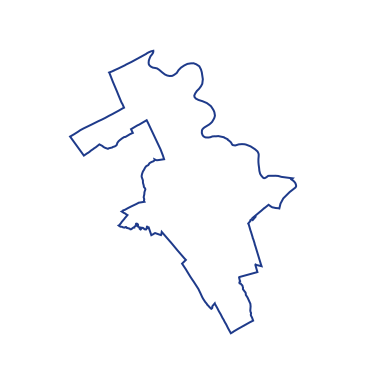 the district of Doljesti, Neamt, Romania, rotated 164°
{"feature_id": "2599482B42576561544247", "entity_name": "Doljesti", "entity_type": "district", "adm_level": 2, "iso_a3": "ROU", "parent_name": "Romania", "parent_adm1": "Neamt", "projection": "mercator", "projection_center": [26.991, 47.029], "detail": "fine", "context": "isolated", "style": "outline", "palette": "blue", "viewbox_px": 384, "rotation_deg": 164, "n_neighbors": 0, "source": "geoboundaries", "source_scale": "gbopen_adm2", "svg_char_len": 6022}
<svg xmlns="http://www.w3.org/2000/svg" viewBox="0 0 384 384"><g transform="rotate(164 192 192)"><path d="M293.9,278.9L285.9,256.8L281.7,258.2L281.0,258.3L280.3,258.6L279.8,258.7L277.9,259.6L274.6,260.7L274.3,260.9L272.2,261.5L267.9,263.3L265.4,260.9L264.7,259.7L263.2,258.3L260.9,256.7L259.5,257.0L259.0,256.9L256.8,256.8L256.4,256.8L255.6,257.1L253.7,257.1L252.3,257.5L251.5,257.9L250.5,259.3L250.1,259.9L248.5,261.1L247.0,261.8L244.5,262.8L242.1,263.5L240.8,263.3L235.5,264.7L232.6,265.1L233.3,269.2L226.0,271.1L224.4,271.3L215.8,273.5L215.2,270.4L210.5,241.7L209.9,234.9L209.8,231.2L215.9,232.0L217.0,232.2L217.9,232.7L219.0,233.7L219.0,233.3L219.2,232.8L220.3,232.3L221.1,232.1L222.7,232.0L223.8,231.7L224.7,231.5L225.3,231.1L226.6,229.9L228.7,229.5L229.4,229.1L230.5,228.2L232.2,226.4L233.5,225.3L235.0,223.2L235.8,221.7L236.1,220.9L236.2,220.3L236.0,216.7L236.5,214.8L236.6,214.0L236.6,211.6L236.8,210.5L236.8,210.0L236.2,208.6L236.1,208.2L236.1,207.5L236.3,207.1L236.6,206.6L237.3,205.7L237.9,204.6L238.4,203.1L239.7,200.7L239.9,200.3L239.9,199.8L239.9,198.2L240.4,197.4L240.5,196.9L240.5,196.2L240.4,195.7L246.3,196.4L246.5,196.3L248.8,195.8L254.2,194.9L257.9,194.2L261.3,193.4L263.3,193.3L263.5,193.0L263.9,192.8L264.9,192.6L264.3,191.9L263.4,190.8L262.5,190.1L261.8,189.3L261.5,188.8L260.4,187.6L262.9,185.9L263.3,185.7L264.1,185.1L264.3,184.9L267.8,182.6L268.7,181.8L271.1,180.1L271.7,180.0L271.3,179.4L271.0,179.2L270.8,178.9L270.4,178.4L269.0,177.9L268.0,177.0L266.8,176.4L266.7,176.4L266.3,176.5L265.4,176.6L264.9,176.4L264.8,176.2L264.8,175.6L264.2,175.2L263.7,175.1L263.2,174.6L262.2,174.1L262.0,173.9L261.8,173.6L261.6,173.2L261.4,173.2L261.1,173.0L260.5,173.0L260.2,173.1L259.5,173.5L259.0,173.7L258.3,173.9L257.2,173.7L256.9,174.5L256.5,174.7L254.9,175.0L254.4,175.4L254.4,175.7L254.8,176.5L254.5,176.9L254.0,176.9L253.5,176.6L253.0,175.9L252.9,175.5L253.0,174.9L253.7,174.1L253.7,173.9L253.2,173.5L253.0,173.2L252.5,172.7L252.3,172.4L252.4,171.8L252.4,171.4L252.2,171.4L252.0,171.5L251.5,171.9L251.0,172.0L250.8,171.8L250.8,171.5L250.9,171.3L251.7,170.5L251.9,170.3L251.8,170.1L251.7,170.1L250.8,170.7L250.0,171.2L249.3,171.2L249.0,171.0L248.4,170.2L248.0,169.4L247.8,169.2L247.0,168.8L246.4,168.7L245.9,169.5L245.6,169.8L245.4,169.9L245.2,169.9L245.0,169.7L244.9,169.5L244.6,169.4L244.5,169.6L244.5,169.9L244.6,170.2L245.0,170.7L245.0,170.9L244.9,171.1L244.5,171.0L244.3,170.8L244.1,170.3L243.8,170.0L243.4,169.9L243.2,165.9L243.0,161.7L240.6,162.2L239.5,162.6L238.8,162.7L233.7,159.1L233.3,159.5L232.1,162.0L225.5,147.8L222.2,140.2L218.4,132.0L217.6,130.3L216.6,128.4L221.3,125.9L219.1,119.0L218.9,118.1L217.0,111.2L215.6,106.8L215.2,105.7L212.6,97.1L211.8,92.4L211.2,88.4L211.0,87.4L210.6,85.8L209.6,82.6L208.6,80.4L208.5,79.6L207.9,78.6L207.6,78.0L206.8,76.3L205.7,74.4L204.8,74.7L204.4,75.1L204.1,76.3L203.5,76.9L203.0,77.2L200.8,78.7L200.8,78.1L199.7,73.5L199.1,70.3L198.1,66.4L197.4,62.6L196.8,60.5L196.5,58.7L196.0,56.6L195.7,55.6L194.9,51.2L193.6,45.5L191.3,46.1L190.2,46.5L185.6,47.7L172.4,50.8L168.7,51.5L168.9,54.7L169.4,57.1L169.2,58.1L168.7,59.0L168.6,59.8L168.8,60.5L168.6,62.1L167.2,65.9L166.7,68.5L167.7,75.3L168.6,78.2L168.3,79.7L168.3,80.7L168.8,81.8L169.3,83.2L169.8,84.4L169.8,84.8L169.5,85.5L169.3,86.1L169.4,87.0L169.3,88.1L169.5,88.6L170.1,89.5L170.2,89.8L170.3,90.3L170.4,90.5L170.7,90.6L171.4,91.0L171.5,91.6L171.3,92.2L170.6,92.7L170.3,93.0L170.5,94.3L170.3,95.9L170.4,96.6L170.0,97.2L161.9,97.1L152.7,97.0L151.2,97.0L151.2,99.9L151.2,103.2L151.2,104.3L151.1,104.6L150.9,104.8L150.0,104.0L145.6,101.5L145.7,103.7L146.0,122.6L146.1,124.2L146.0,125.6L146.1,129.6L146.3,131.0L146.2,131.8L146.3,138.0L146.4,138.6L146.4,140.2L146.4,144.7L146.4,145.3L146.6,145.9L146.7,146.1L146.5,146.3L143.8,148.1L143.5,148.5L143.6,148.8L141.8,149.6L141.6,148.6L141.4,148.3L138.3,150.3L139.7,150.9L130.3,155.0L127.0,156.6L126.9,156.5L121.9,158.6L120.2,156.4L119.3,155.4L118.6,154.9L118.1,154.7L116.1,153.6L113.5,152.6L112.6,152.1L110.1,156.5L106.0,160.7L98.2,165.0L91.3,167.8L90.4,168.7L90.1,169.7L90.1,171.0L90.3,172.4L91.0,174.0L91.9,175.4L93.0,176.7L91.5,177.4L101.9,181.9L103.8,183.1L104.8,183.7L107.3,184.6L112.2,186.0L114.3,186.5L115.4,186.1L116.3,185.7L118.2,185.3L119.0,185.5L119.4,185.8L119.8,186.3L121.0,188.9L121.5,190.8L121.4,193.8L120.9,196.5L120.4,200.0L119.9,202.5L119.1,205.3L118.0,208.2L117.5,209.9L117.5,210.6L117.6,211.7L117.9,213.0L119.7,215.8L123.1,219.7L126.9,222.6L128.3,223.4L130.9,224.3L134.0,224.9L137.5,224.8L138.3,225.1L139.9,225.9L140.3,226.5L140.5,227.3L140.7,228.3L141.1,229.4L141.9,230.6L142.5,231.5L143.2,232.3L143.2,232.9L145.8,235.2L146.3,235.9L146.7,236.0L146.9,236.2L151.3,238.5L153.5,238.9L155.2,239.4L157.1,239.8L159.3,239.6L161.4,239.9L164.1,240.8L165.6,242.3L166.2,243.9L166.3,246.0L165.5,248.4L164.9,249.2L163.9,249.9L162.4,250.6L156.7,252.2L154.7,253.1L153.3,253.9L151.0,256.1L150.1,257.1L149.4,258.2L148.9,259.1L148.8,259.9L148.5,262.5L148.7,264.4L149.2,266.3L150.1,269.2L151.3,270.9L153.2,273.4L156.9,276.4L160.4,278.7L162.6,280.8L163.4,282.7L163.2,284.1L161.8,285.8L159.6,287.7L156.7,289.3L154.1,291.3L152.3,293.2L150.5,297.4L149.6,304.4L149.6,307.3L150.3,310.8L152.7,313.6L155.0,315.3L157.8,316.0L161.1,316.4L164.5,315.8L168.3,314.6L171.3,312.9L173.9,310.6L176.4,309.7L177.8,309.3L179.2,309.1L181.6,309.7L183.7,310.8L185.6,312.4L187.7,315.2L189.8,318.4L191.5,320.4L192.9,321.2L195.4,322.4L196.6,323.5L197.3,324.3L198.0,325.5L198.3,326.7L198.1,328.1L197.3,330.2L196.1,331.9L194.5,333.9L192.6,335.2L191.3,336.3L190.5,337.5L190.3,338.4L192.6,338.5L195.2,338.2L197.3,337.7L197.9,337.4L201.9,336.5L214.4,333.7L220.1,332.7L221.5,332.3L229.0,331.0L233.9,330.3L233.9,330.2L236.3,329.9L238.7,329.7L238.6,329.4L238.5,328.6L237.7,319.8L236.4,309.2L236.0,305.3L235.8,303.6L235.2,298.3L235.1,297.5L234.6,295.6L234.1,291.8L235.7,291.5L240.0,290.4L245.5,289.2L246.7,288.9L250.9,288.1L255.2,287.1L259.0,286.4L262.5,285.9L270.0,284.5L278.7,283.0L282.4,282.2L284.7,281.4L289.5,280.0L293.4,279.0L293.9,278.9Z" fill="none" stroke="#1e3a8a" stroke-width="2"/></g></svg>